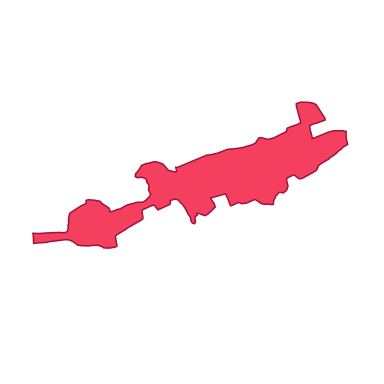 Guazacapán, Santa Rosa, Guatemala, rotated 65°
{"feature_id": "79465075B7979151806096", "entity_name": "Guazacapán", "entity_type": "district", "adm_level": 2, "iso_a3": "GTM", "parent_name": "Guatemala", "parent_adm1": "Santa Rosa", "projection": "natural_earth1", "projection_center": [-90.43, 14.006], "detail": "fine", "context": "isolated", "style": "filled", "palette": "rose", "viewbox_px": 384, "rotation_deg": 65, "n_neighbors": 0, "source": "geoboundaries", "source_scale": "gbopen_adm2", "svg_char_len": 3128}
<svg xmlns="http://www.w3.org/2000/svg" viewBox="0 0 384 384"><g transform="rotate(65 192 192)"><path d="M214.7,30.9L207.9,29.3L202.0,26.7L201.8,27.7L200.1,29.6L196.7,37.0L196.4,37.7L195.4,43.0L194.7,58.2L194.3,60.2L184.4,58.3L181.6,57.2L181.6,53.2L182.4,48.8L183.0,40.8L180.7,40.4L165.1,42.6L162.3,45.1L161.8,45.9L161.2,46.9L159.9,48.6L156.5,55.4L156.0,60.1L158.1,61.1L174.5,64.0L175.3,65.0L175.3,67.9L174.3,78.5L174.7,79.1L175.3,79.6L176.2,80.2L177.1,80.9L177.5,95.3L176.6,100.1L175.9,101.7L173.3,104.7L172.3,105.9L171.9,106.6L171.6,107.2L171.4,107.9L171.3,108.7L173.9,112.9L174.5,113.7L174.6,117.5L173.0,127.8L170.6,135.9L168.8,140.2L168.2,142.9L167.7,151.9L166.1,159.6L164.8,163.1L163.7,192.1L163.4,195.2L162.7,196.3L166.8,197.1L166.7,198.2L166.3,199.3L165.8,200.0L162.3,204.3L155.6,206.1L155.0,206.7L154.2,206.6L151.0,209.9L148.7,213.0L147.3,220.4L146.9,220.9L146.6,226.4L147.3,227.6L149.9,231.3L150.2,232.6L151.1,233.7L151.2,234.8L153.6,236.9L155.3,236.3L156.3,234.7L157.3,231.4L160.2,228.5L161.7,228.1L164.0,228.9L167.3,228.1L168.6,228.7L171.9,230.6L176.7,230.5L179.0,234.0L179.0,235.1L180.1,237.4L180.4,241.2L178.2,245.8L176.5,255.5L176.5,259.4L176.9,264.1L176.7,265.8L176.3,266.4L175.9,272.9L174.9,274.8L173.6,274.1L171.5,274.1L169.3,275.4L168.2,275.8L167.2,277.0L166.0,277.2L164.1,278.9L162.9,278.7L161.5,279.3L157.9,284.3L156.5,287.1L155.3,288.6L154.8,291.5L157.1,292.5L157.7,293.6L157.7,298.4L159.1,309.0L159.6,311.7L160.6,312.7L164.0,315.2L168.7,317.3L169.7,318.5L172.5,319.4L175.2,321.9L175.2,323.7L174.1,326.8L172.6,329.2L167.8,340.8L165.1,347.9L163.2,351.6L162.2,353.6L162.7,353.8L164.3,354.3L167.5,355.5L170.3,356.7L171.7,357.3L172.8,353.8L176.5,344.3L176.5,342.9L181.7,326.9L183.6,323.5L186.8,320.7L191.7,318.2L193.7,315.3L197.0,308.9L198.7,303.8L200.7,299.5L203.9,296.4L205.3,295.7L207.7,291.1L208.1,290.0L209.5,284.8L209.5,283.3L209.0,282.6L208.4,282.5L207.8,282.4L199.8,280.2L199.3,279.4L198.8,276.3L197.8,267.0L197.4,266.5L195.9,248.3L194.6,247.3L188.5,245.5L187.2,244.3L187.4,232.9L189.1,231.5L193.8,230.5L193.9,217.4L192.9,216.2L190.5,215.4L191.1,211.0L192.3,209.0L193.7,207.7L197.5,206.8L198.4,206.0L204.7,205.0L211.1,204.8L213.4,204.1L217.9,205.1L220.2,204.9L221.8,203.1L221.3,202.2L220.8,201.8L220.3,201.5L216.3,200.1L215.9,199.6L215.6,199.0L215.4,198.0L215.4,197.2L213.5,196.7L213.7,195.8L215.1,194.1L218.6,190.7L219.0,189.6L218.8,186.8L218.3,186.0L217.4,182.1L217.0,181.7L215.5,177.3L212.0,176.8L205.3,177.9L207.8,162.5L214.3,162.4L220.2,163.0L220.9,162.7L221.1,162.0L221.1,155.5L221.4,154.0L221.8,153.4L222.4,152.9L223.4,152.2L224.2,150.3L225.2,146.4L225.2,144.0L225.3,138.7L226.2,137.4L230.3,134.9L231.4,134.6L233.4,132.0L235.3,128.1L236.7,125.5L237.3,125.0L237.4,123.3L236.1,122.6L234.7,121.9L230.9,117.4L230.3,115.6L229.5,114.6L229.4,112.5L231.4,109.7L230.6,105.8L230.1,105.2L227.1,102.4L220.6,101.2L219.5,99.2L219.5,93.3L220.0,92.1L225.1,89.5L225.5,89.0L225.8,88.3L226.2,85.3L225.3,72.2L224.8,69.9L223.0,67.5L222.2,67.4L221.1,64.6L220.2,56.9L219.9,53.9L219.5,53.6L218.1,45.6L217.0,42.5L216.7,41.2L216.2,38.5L215.2,36.4L214.7,30.9Z" fill="#f43f5e" stroke="#9f1239" stroke-width="1.5"/></g></svg>